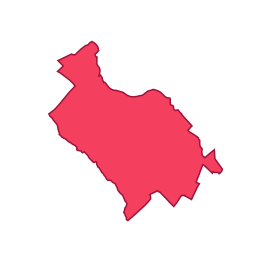 Homocea, Vrancea, Romania, rotated 148°
{"feature_id": "2599482B90822407546416", "entity_name": "Homocea", "entity_type": "district", "adm_level": 2, "iso_a3": "ROU", "parent_name": "Romania", "parent_adm1": "Vrancea", "projection": "orthographic", "projection_center": [27.246, 46.143], "detail": "fine", "context": "isolated", "style": "filled", "palette": "rose", "viewbox_px": 256, "rotation_deg": 148, "n_neighbors": 0, "source": "geoboundaries", "source_scale": "gbopen_adm2", "svg_char_len": 5746}
<svg xmlns="http://www.w3.org/2000/svg" viewBox="0 0 256 256"><g transform="rotate(148 128 128)"><path d="M187.7,181.9L187.7,180.6L187.9,179.8L187.9,179.5L187.3,177.3L187.1,176.5L187.1,175.6L187.1,174.8L187.1,174.2L187.1,173.9L186.9,172.6L186.6,171.1L186.6,170.6L186.6,170.1L186.4,168.9L186.3,168.3L186.4,167.8L187.0,166.5L187.1,166.2L187.2,165.8L188.1,163.6L188.2,162.8L188.7,161.5L188.7,160.9L188.8,160.6L189.0,159.9L189.3,159.3L189.5,159.1L189.7,158.9L189.5,158.7L189.5,158.2L189.2,157.2L189.0,156.2L189.0,155.7L188.8,155.0L188.7,154.8L188.3,154.3L188.2,154.0L188.0,153.5L187.7,153.1L187.1,152.3L186.9,152.0L186.9,151.7L186.4,151.1L186.4,150.7L186.4,150.4L186.1,149.5L186.1,149.3L185.9,148.7L185.7,148.0L185.6,147.6L185.4,147.2L184.9,146.6L184.6,146.2L184.3,145.4L183.6,143.6L183.3,143.1L183.0,142.8L182.8,142.4L182.2,141.2L181.9,140.5L181.8,139.6L181.7,138.7L181.8,138.5L182.0,138.0L182.5,137.5L182.7,137.2L182.9,136.7L182.9,136.2L182.7,135.8L182.0,135.2L181.4,134.6L181.2,134.4L180.6,134.1L180.2,133.5L180.1,133.2L180.0,132.4L179.9,131.5L179.9,131.3L179.6,131.1L179.2,131.0L177.6,130.8L177.2,128.6L177.1,127.9L176.9,127.1L176.7,126.1L176.7,125.2L176.8,124.5L176.9,123.9L176.7,122.8L176.5,121.5L176.4,121.1L176.3,120.7L176.1,119.3L176.0,119.0L175.8,118.5L175.7,117.9L175.6,117.7L175.4,117.2L175.2,116.9L174.8,116.6L174.6,116.6L173.6,116.6L173.4,116.6L172.8,115.8L172.9,115.6L172.9,115.3L173.4,114.5L173.7,113.7L173.9,113.3L174.0,112.8L174.0,111.6L174.2,110.8L174.2,110.6L173.8,110.1L173.8,109.9L173.7,109.5L173.6,108.4L173.6,106.4L173.8,104.8L173.8,104.2L173.3,103.0L173.3,102.7L173.3,100.9L173.3,100.1L173.0,98.7L172.9,98.1L173.0,97.5L173.3,96.6L173.3,96.4L173.3,96.1L173.0,94.9L172.8,94.4L172.7,94.2L171.0,93.2L170.8,93.0L170.5,92.6L170.3,92.3L170.0,91.4L170.0,91.1L170.0,90.6L169.9,90.2L169.7,89.8L168.8,88.3L168.5,87.8L168.5,87.6L168.5,87.2L168.6,86.3L168.6,84.8L168.8,83.4L169.0,82.8L169.3,81.4L169.5,80.9L169.4,79.7L169.5,79.3L169.4,78.6L169.3,78.2L169.3,77.8L169.3,77.4L169.1,76.9L168.9,76.0L168.6,75.2L168.4,74.6L168.4,74.0L168.2,73.6L168.3,73.1L168.5,71.9L168.8,69.7L169.1,67.9L169.1,67.4L169.0,67.1L169.0,65.5L169.0,65.1L169.1,64.5L169.2,64.1L169.4,63.9L171.5,62.3L171.9,62.1L172.6,62.0L172.8,61.9L173.3,61.5L173.7,61.1L173.8,60.7L174.2,60.3L175.1,59.7L175.3,59.4L176.4,58.6L176.4,58.2L176.3,57.7L176.2,56.7L176.4,56.0L176.6,55.6L176.7,55.3L176.7,54.0L176.7,53.3L176.9,52.9L177.6,51.7L177.8,51.3L177.8,51.0L177.7,50.7L177.4,49.8L177.2,49.6L171.9,50.3L158.5,52.7L154.6,53.5L153.8,53.7L153.2,53.9L151.3,54.3L146.3,55.9L145.2,58.0L144.7,60.0L142.2,59.8L139.5,59.4L136.0,59.1L136.0,58.1L135.9,57.7L134.8,56.5L134.5,54.6L134.2,53.3L134.0,52.1L133.8,51.5L133.6,50.8L133.6,50.1L133.5,49.8L133.1,49.1L133.2,48.7L133.0,47.7L132.8,46.8L132.7,46.1L132.4,45.1L132.4,44.5L132.1,42.8L131.7,41.0L131.3,39.9L131.3,39.3L131.1,38.7L130.8,37.2L127.5,38.3L124.3,39.7L120.8,41.4L118.2,42.5L117.9,42.1L117.6,41.8L116.1,41.1L115.7,40.8L115.9,40.7L116.0,40.6L115.9,40.4L114.7,38.5L113.9,37.1L112.2,33.9L112.1,33.7L110.6,34.6L109.8,35.0L109.7,35.4L106.3,37.4L100.6,41.1L98.5,42.2L97.0,42.9L98.8,45.4L99.0,45.9L97.9,46.7L97.7,46.9L96.4,47.9L95.3,48.8L94.0,49.7L93.2,50.3L92.3,50.9L90.3,52.5L89.5,53.2L88.5,54.0L87.6,54.5L86.3,55.6L85.5,56.1L84.6,56.8L83.8,57.2L83.3,56.3L83.0,55.2L82.4,52.6L81.9,51.1L81.1,47.7L80.4,44.9L78.9,45.8L78.4,44.8L78.0,44.3L76.2,43.3L75.4,42.7L75.2,42.2L74.9,41.4L75.0,41.0L74.4,41.0L73.2,41.2L71.9,41.5L69.9,42.8L69.8,43.3L70.6,55.9L66.3,63.8L70.6,63.3L78.6,62.1L78.7,62.9L78.8,63.1L79.0,63.2L79.1,63.4L79.3,64.2L79.4,65.7L78.8,67.1L77.9,68.9L77.1,70.0L76.3,70.7L76.3,71.9L76.5,73.0L76.5,74.4L75.9,75.9L75.1,77.4L73.9,79.0L73.8,80.0L74.1,80.9L73.5,82.3L74.1,84.1L76.0,88.3L77.6,91.6L77.8,91.6L78.4,94.3L72.6,95.9L75.4,111.0L75.0,111.2L75.0,111.6L75.7,113.8L75.8,114.8L75.8,116.0L75.9,116.5L76.0,116.9L76.1,117.0L77.6,117.5L77.8,117.5L78.1,117.5L78.4,117.7L78.5,117.9L78.7,118.1L79.0,118.8L79.1,119.0L79.1,119.7L79.0,120.2L78.9,120.5L78.2,121.8L78.0,122.3L78.0,122.5L78.1,122.8L78.4,123.6L79.6,125.2L79.7,125.5L79.3,126.0L77.7,128.8L76.9,130.1L76.6,131.2L77.8,132.1L78.4,132.6L79.2,133.6L79.6,134.1L79.8,134.7L80.7,137.8L81.1,139.3L81.4,140.7L81.7,141.5L82.8,143.4L83.4,144.2L85.4,146.7L86.8,147.6L87.4,147.6L88.6,147.8L89.7,148.3L91.7,148.8L97.1,148.2L98.4,148.2L99.6,148.5L100.6,149.0L101.3,149.3L102.2,149.5L104.1,150.2L106.4,151.3L107.7,152.1L108.5,152.7L109.5,153.6L110.2,154.6L111.0,155.7L111.5,156.5L112.1,157.9L112.4,158.6L113.2,160.6L113.9,161.6L114.5,162.2L115.2,162.9L118.3,166.4L118.7,166.5L120.8,168.4L121.7,169.9L122.2,171.0L122.7,172.5L122.7,173.2L122.9,174.1L123.1,175.4L123.0,176.5L123.1,177.1L123.2,177.5L123.4,178.9L123.6,179.3L123.9,179.3L124.3,179.4L124.6,179.5L124.2,181.0L123.9,182.8L123.3,184.1L123.2,185.0L123.3,185.5L123.3,186.2L123.2,187.1L123.2,187.3L123.7,187.3L124.3,187.3L124.9,187.4L125.2,187.5L123.9,188.6L123.2,189.2L122.3,190.3L121.5,191.3L120.9,192.5L120.6,193.4L120.5,194.0L120.4,194.6L120.4,195.2L120.6,196.1L120.6,197.7L120.6,198.2L120.5,198.7L120.0,199.6L119.6,200.2L118.9,201.2L118.6,201.7L118.6,202.0L116.6,204.5L117.1,205.0L117.4,205.6L117.4,206.1L117.3,207.0L117.3,207.4L117.1,207.9L116.2,208.2L115.5,208.1L115.2,208.2L114.1,208.5L111.9,209.2L110.9,211.9L110.6,213.0L110.8,215.7L111.5,218.1L112.8,220.5L113.9,220.5L114.9,220.5L115.8,220.4L116.8,220.0L117.4,219.8L118.3,219.8L119.6,220.2L120.2,220.4L126.3,219.8L133.3,218.3L133.6,218.3L133.9,218.2L134.2,218.2L134.4,218.2L134.7,218.7L135.3,219.1L135.8,219.3L136.7,220.6L151.7,222.3L150.0,214.9L157.8,213.3L156.7,211.4L156.3,210.7L151.9,199.1L151.0,195.0L150.8,193.9L150.7,192.2L150.5,191.6L157.6,189.8L161.0,188.8L162.2,188.3L165.1,187.4L174.2,184.3L180.8,182.5L187.7,181.9Z" fill="#f43f5e" stroke="#9f1239" stroke-width="1.5"/></g></svg>